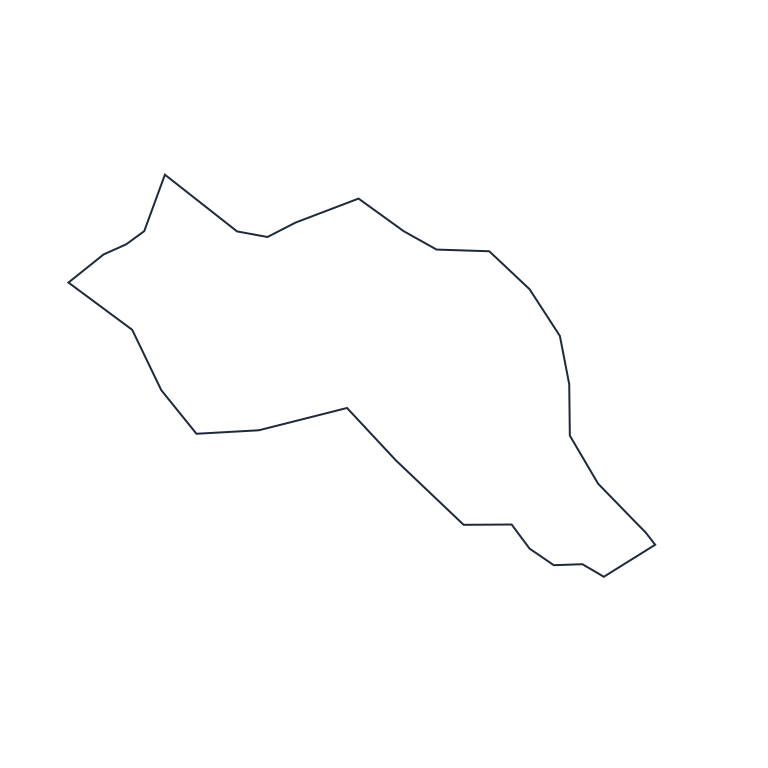 SVG path tracing the border of Iganga, rotated 317°
{"feature_id": "UGA-3068", "entity_name": "Iganga", "entity_type": "District", "adm_level": 1, "iso_a3": "UGA", "parent_name": "Uganda", "parent_adm1": "", "projection": "mercator", "projection_center": [33.553, 0.662], "detail": "fine", "context": "isolated", "style": "outline", "palette": "slate", "viewbox_px": 768, "rotation_deg": 317, "n_neighbors": 0, "source": "natural_earth", "source_scale": "10m", "svg_char_len": 559}
<svg xmlns="http://www.w3.org/2000/svg" viewBox="0 0 768 768"><g transform="rotate(317 384 384)"><path d="M413.3,674.9L406.2,651.1L384.6,632.3L378.2,603.8L381.5,573.8L346.2,541.3L340.6,448.1L340.6,376.3L260.8,332.4L212.9,292.5L216.9,236.6L236.8,172.7L222.4,94.6L267.2,98.0L290.7,106.0L312.9,108.7L366.5,81.5L380.6,172.2L399.0,197.0L429.4,205.6L491.8,231.0L502.6,285.6L514.1,321.5L551.5,358.7L555.1,413.9L545.4,468.8L519.3,510.5L484.7,548.5L472.6,602.9L473.7,655.9L474.1,671.0L472.7,686.5L413.3,674.9Z" fill="none" stroke="#1e293b" stroke-width="2"/></g></svg>